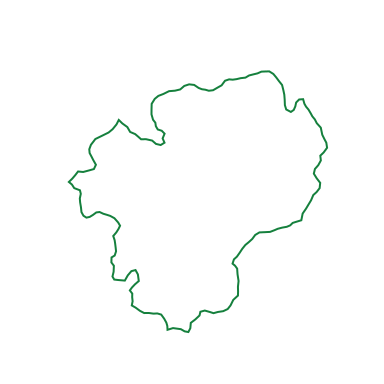 Virgínia, Minas Gerais, Brazil (orthographic projection), rotated 18°
{"feature_id": "56859067B30740521650028", "entity_name": "Virgínia", "entity_type": "district", "adm_level": 2, "iso_a3": "BRA", "parent_name": "Brazil", "parent_adm1": "Minas Gerais", "projection": "orthographic", "projection_center": [-45.117, -22.346], "detail": "fine", "context": "isolated", "style": "outline", "palette": "green", "viewbox_px": 384, "rotation_deg": 18, "n_neighbors": 0, "source": "geoboundaries", "source_scale": "gbopen_adm2", "svg_char_len": 2680}
<svg xmlns="http://www.w3.org/2000/svg" viewBox="0 0 384 384"><g transform="rotate(18 192 192)"><path d="M130.7,258.2L133.3,261.7L134.9,264.9L136.4,268.1L138.1,271.9L138.1,276.3L135.7,279.1L137.1,283.9L140.5,286.3L142.1,292.1L142.5,297.0L145.1,299.3L149.1,298.5L155.5,297.0L156.7,291.1L158.8,286.0L162.4,283.7L166.0,287.1L168.9,293.1L166.3,297.4L164.4,301.4L163.3,304.8L166.6,307.1L167.6,310.5L169.3,314.3L169.8,318.5L174.1,319.4L179.2,321.1L183.9,321.9L188.3,320.4L192.9,319.6L196.6,318.2L200.6,318.1L204.7,321.1L208.0,324.2L209.9,327.0L211.3,330.6L216.0,327.3L223.8,325.9L228.1,326.8L231.8,326.3L232.5,322.1L231.3,316.8L234.5,312.2L237.3,307.1L237.0,303.3L240.8,300.8L246.1,300.6L249.9,300.6L253.7,298.1L258.5,295.7L262.1,292.3L263.7,288.0L264.6,281.8L267.7,276.3L266.6,272.5L265.0,268.0L263.8,262.3L260.7,256.1L258.6,250.9L255.7,248.8L252.7,247.6L252.7,243.1L254.7,239.6L256.1,235.1L257.4,230.4L259.1,225.9L261.4,222.3L263.8,218.1L265.4,213.3L268.6,209.6L274.2,207.5L278.6,205.8L282.3,202.8L284.9,200.5L288.8,198.0L292.9,195.8L295.7,193.4L297.3,190.3L300.1,188.3L304.7,185.1L303.9,178.3L305.6,172.6L306.6,168.2L307.8,163.1L308.3,157.4L310.5,153.6L312.2,148.9L311.1,143.7L306.3,140.4L302.2,136.9L301.8,132.1L303.8,127.5L304.8,122.2L302.8,117.8L305.0,113.7L306.8,108.2L304.5,103.6L301.7,100.9L298.2,97.3L294.6,91.0L289.4,88.0L286.4,85.0L283.1,82.9L280.7,80.6L277.3,77.6L274.1,75.6L271.6,73.3L269.0,69.4L265.3,70.9L263.4,74.7L263.8,78.7L263.4,82.5L261.3,85.3L256.1,84.4L253.5,80.7L251.6,75.5L249.7,70.9L247.4,66.9L244.6,62.4L240.5,59.7L236.7,57.0L232.9,54.6L228.2,53.4L224.0,54.9L220.8,56.1L217.7,58.9L213.8,61.3L210.3,63.5L207.5,66.7L203.1,68.7L199.5,70.9L196.0,72.6L192.5,73.4L189.0,76.0L187.2,81.4L183.7,85.2L180.6,88.7L176.7,90.5L173.0,90.6L169.7,91.2L166.2,91.0L161.0,89.5L156.0,90.5L151.9,93.5L149.1,98.1L144.5,100.9L139.0,103.2L134.5,107.6L130.3,111.0L127.8,114.9L126.4,120.6L128.0,126.0L129.5,130.7L132.6,135.3L135.7,137.4L137.3,140.6L140.1,143.1L144.3,143.1L147.9,145.0L147.5,150.1L150.6,153.6L147.7,157.0L142.9,157.4L138.2,155.4L131.9,156.0L127.3,157.6L123.7,156.0L120.1,154.5L114.6,154.0L110.4,150.2L104.5,148.3L100.1,146.1L99.3,151.1L97.1,156.8L94.3,161.2L90.2,165.2L86.9,168.4L83.7,171.5L82.6,174.7L81.3,178.3L81.1,183.1L82.6,186.6L85.8,189.7L88.3,192.2L92.2,195.8L91.6,200.5L87.1,203.5L82.3,206.6L77.3,207.7L75.7,212.2L74.0,216.3L71.8,220.5L75.5,222.0L78.8,224.7L84.9,225.0L86.8,228.1L87.3,232.8L88.8,236.4L91.1,240.8L93.1,245.3L96.1,248.1L99.5,249.0L102.4,247.3L104.9,244.4L107.3,241.0L110.3,239.6L114.4,240.1L118.2,240.0L121.6,240.0L126.3,240.9L131.2,243.8L134.0,246.3L133.5,249.9L132.5,253.8L130.7,258.2Z" fill="none" stroke="#15803d" stroke-width="2"/></g></svg>